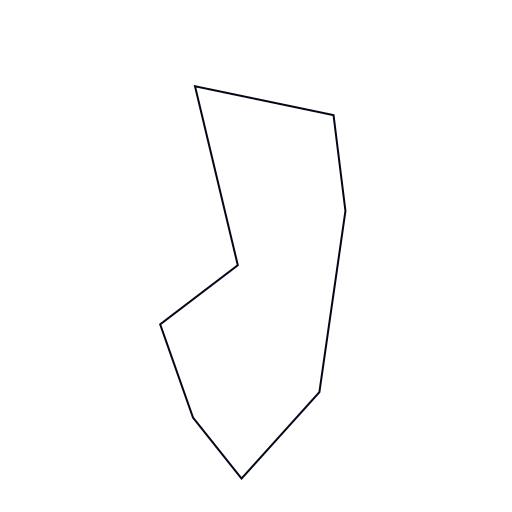 SVG path tracing the border of North Side, rotated 145°
{"feature_id": "AIA-5119", "entity_name": "North Side", "entity_type": "District", "adm_level": 1, "iso_a3": "AIA", "parent_name": "Anguilla", "parent_adm1": "", "projection": "equal_earth", "projection_center": [-63.042, 18.253], "detail": "fine", "context": "isolated", "style": "outline", "palette": "ink", "viewbox_px": 512, "rotation_deg": 145, "n_neighbors": 0, "source": "natural_earth", "source_scale": "10m", "svg_char_len": 273}
<svg xmlns="http://www.w3.org/2000/svg" viewBox="0 0 512 512"><g transform="rotate(145 256 256)"><path d="M111.7,326.9L156.9,241.6L282.2,108.1L395.5,82.0L400.3,159.7L373.7,255.0L276.2,258.9L208.6,430.0L111.7,326.9Z" fill="none" stroke="#020617" stroke-width="2"/></g></svg>